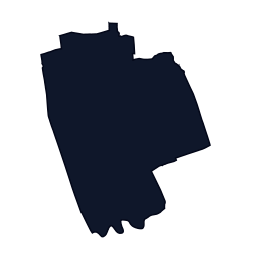 the district of Suceveni, Galati, Romania, rotated 85°
{"feature_id": "2599482B11072289553069", "entity_name": "Suceveni", "entity_type": "district", "adm_level": 2, "iso_a3": "ROU", "parent_name": "Romania", "parent_adm1": "Galati", "projection": "natural_earth1", "projection_center": [28.039, 45.986], "detail": "fine", "context": "isolated", "style": "filled", "palette": "ink", "viewbox_px": 256, "rotation_deg": 85, "n_neighbors": 0, "source": "geoboundaries", "source_scale": "gbopen_adm2", "svg_char_len": 4790}
<svg xmlns="http://www.w3.org/2000/svg" viewBox="0 0 256 256"><g transform="rotate(85 128 128)"><path d="M56.7,78.8L56.6,79.0L56.6,80.5L56.6,81.2L56.6,81.7L56.5,82.3L56.2,85.3L56.1,85.6L56.2,86.0L56.3,86.4L56.6,87.7L56.6,87.8L56.6,88.0L56.6,88.3L56.6,89.1L56.7,89.8L56.9,90.8L57.1,91.5L57.9,92.5L58.6,95.1L59.3,95.8L61.0,97.5L61.3,98.0L61.4,99.2L61.4,102.0L61.3,103.6L61.1,105.6L60.9,106.9L60.2,109.3L59.8,110.8L60.0,112.7L60.2,114.9L60.8,117.0L54.2,117.0L54.5,115.0L48.4,114.8L45.3,114.7L41.0,114.7L38.1,114.7L37.6,115.8L37.3,116.7L36.6,118.9L36.4,119.6L36.1,120.2L35.6,121.4L35.5,121.9L35.5,122.3L35.6,123.2L35.7,123.7L36.0,125.0L36.4,126.2L36.4,126.5L36.2,126.9L35.7,127.7L35.7,127.9L35.7,128.4L35.7,128.7L35.6,128.9L35.2,129.0L34.7,129.0L33.5,128.6L33.0,128.6L32.2,128.8L31.7,129.3L31.3,129.7L31.1,130.1L29.5,130.1L26.4,130.2L25.0,130.0L23.5,129.9L23.0,129.8L22.9,130.5L22.0,137.6L21.9,137.7L22.9,137.7L24.5,137.8L24.9,137.9L26.4,137.9L26.5,137.9L26.7,138.0L28.4,138.1L28.6,138.1L29.1,138.1L30.8,146.3L31.6,150.6L31.7,151.2L31.6,151.4L31.4,156.1L31.5,156.4L31.4,156.6L31.3,157.1L31.2,157.5L31.1,159.9L30.9,163.2L30.9,164.1L30.8,164.5L28.9,171.9L28.9,172.0L28.0,175.4L27.8,176.0L27.9,176.4L28.5,179.6L29.4,183.8L30.2,188.0L30.5,187.8L33.6,187.7L39.4,187.4L43.2,187.4L43.3,188.0L43.3,189.1L43.5,190.9L43.6,191.6L43.8,193.2L43.9,193.8L44.5,195.9L44.8,197.0L45.3,198.6L45.6,200.5L46.7,204.8L47.3,208.2L48.4,208.2L50.4,208.0L53.1,207.8L55.5,207.8L56.1,208.0L56.4,207.9L57.0,207.7L57.5,207.4L58.4,207.1L59.5,207.0L60.6,207.9L60.7,208.0L65.6,207.7L66.9,207.6L70.8,207.2L72.9,207.0L75.3,206.9L79.6,206.6L80.1,206.6L81.0,206.6L81.5,206.5L84.3,206.3L87.7,206.1L101.5,206.3L107.1,206.3L108.1,206.3L109.5,206.2L111.4,205.8L112.9,205.4L114.5,205.1L116.1,204.7L117.5,204.4L119.6,203.9L123.2,202.9L123.9,202.7L126.9,202.0L132.2,200.7L133.7,200.3L140.6,198.6L160.2,193.9L174.5,190.6L175.0,190.5L182.5,188.8L190.2,186.9L197.7,184.9L208.0,182.2L207.7,181.4L217.2,177.8L221.3,176.2L226.5,174.1L228.0,173.4L229.4,172.6L229.0,171.8L228.7,170.8L228.7,170.2L228.7,169.6L228.8,168.8L229.0,168.2L229.3,167.7L229.8,167.1L230.3,166.5L230.9,165.9L231.6,165.4L232.4,164.8L233.1,164.2L233.7,163.7L233.9,163.4L234.0,162.9L234.1,162.4L233.9,161.9L233.7,161.4L233.3,160.7L232.9,160.1L232.5,159.7L232.0,159.2L231.2,158.7L230.6,158.4L229.8,157.9L229.0,157.5L228.1,157.1L227.1,156.5L226.2,156.1L225.5,155.7L225.1,155.3L224.8,155.0L224.4,154.6L224.1,154.2L223.9,153.7L223.8,153.3L224.0,152.7L224.4,152.2L224.7,152.0L225.0,151.5L225.6,151.2L226.2,150.8L226.9,150.4L227.6,150.0L228.3,149.5L229.1,149.1L229.8,148.6L230.3,148.2L230.7,147.8L231.1,147.4L231.4,147.0L231.6,146.6L231.9,146.0L232.0,145.7L232.1,145.2L232.1,144.2L232.1,143.7L232.0,143.0L231.8,142.6L231.5,142.3L231.2,142.0L230.8,141.8L230.3,141.8L229.7,141.7L229.1,141.8L228.4,141.9L227.6,142.2L226.6,142.5L225.8,142.8L224.7,143.0L223.7,143.2L222.6,143.4L221.6,143.4L220.8,143.5L220.2,143.4L219.7,143.2L219.3,142.9L219.1,142.4L219.0,141.9L219.1,140.7L219.2,140.2L219.4,139.1L219.6,138.1L219.8,137.4L220.0,136.6L220.4,136.0L220.8,135.5L221.3,135.0L221.7,134.8L222.4,134.5L223.1,134.2L223.7,133.9L224.3,133.5L225.2,132.8L226.0,132.1L226.5,131.4L226.9,130.9L227.2,130.2L227.7,129.5L228.0,128.7L228.3,128.0L228.6,127.2L228.9,126.3L229.2,125.0L229.3,124.2L229.4,123.6L229.3,123.0L229.3,122.5L229.0,122.0L228.7,121.7L228.2,121.4L227.7,121.1L227.0,120.8L226.5,120.7L225.9,120.6L224.8,120.5L223.2,120.4L222.5,120.3L221.7,120.1L221.2,119.9L220.6,119.6L220.3,119.3L220.0,118.8L219.6,117.9L219.2,117.1L218.8,116.2L218.2,115.3L217.6,114.4L217.2,113.5L216.9,112.6L216.7,111.8L216.6,110.8L216.5,109.7L216.4,108.7L216.3,107.7L216.2,106.9L216.0,106.2L215.7,105.4L215.4,104.7L215.0,103.8L214.5,102.9L214.2,102.7L213.5,101.8L213.0,101.1L212.2,100.0L211.5,98.9L211.3,98.6L210.8,98.6L209.9,98.6L208.3,98.4L207.9,98.3L206.8,98.2L205.9,97.6L204.2,97.5L192.7,101.1L180.1,105.9L173.6,108.4L173.1,108.6L171.9,106.5L168.8,100.8L168.3,99.4L168.0,97.9L168.3,97.1L168.0,96.8L167.3,95.0L167.3,94.3L166.9,93.3L166.4,91.6L165.3,85.3L164.3,82.7L162.1,83.3L161.8,82.3L161.4,80.6L159.0,70.9L156.5,60.2L156.2,59.1L155.4,55.6L154.5,53.0L154.0,51.8L152.3,47.8L151.0,48.0L148.3,48.6L143.7,49.6L138.7,50.8L129.6,52.9L126.3,53.8L119.9,55.2L117.4,55.7L110.6,57.2L100.3,59.9L98.8,60.4L93.0,62.6L86.0,65.1L80.4,67.1L78.8,67.4L78.4,67.6L78.1,67.6L78.1,67.4L77.2,67.1L76.4,67.3L75.9,67.6L76.0,67.9L75.8,68.4L75.3,68.8L75.1,68.8L74.5,69.6L74.5,69.8L73.4,70.4L72.0,71.0L71.2,71.3L70.8,71.7L70.5,72.0L70.3,72.0L70.2,72.0L70.4,72.2L70.1,72.5L69.7,73.0L69.5,72.9L69.6,73.0L69.0,73.5L68.9,73.8L68.2,74.4L68.1,74.7L67.9,75.2L67.8,75.5L67.0,75.8L66.4,76.2L65.8,76.5L64.8,77.0L64.2,77.1L63.0,76.9L62.0,76.9L61.3,76.8L61.0,76.8L57.9,78.5L57.5,78.6L56.7,78.8Z" fill="#0f172a" stroke="#020617" stroke-width="1.5"/></g></svg>